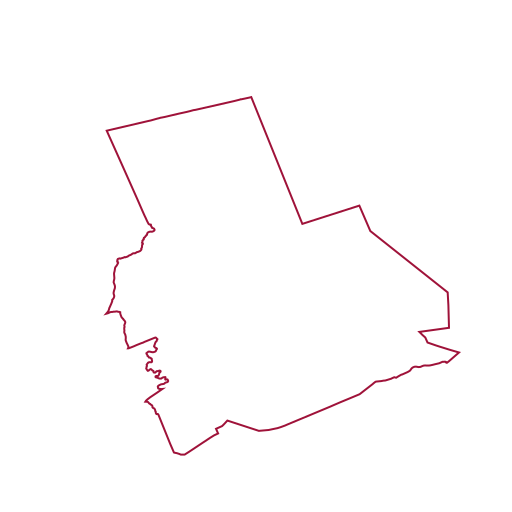 the district of Ganze, Coast, Kenya, rotated 66°
{"feature_id": "3690345B60815732971252", "entity_name": "Ganze", "entity_type": "district", "adm_level": 2, "iso_a3": "KEN", "parent_name": "Kenya", "parent_adm1": "Coast", "projection": "equal_earth", "projection_center": [39.55, -3.436], "detail": "fine", "context": "isolated", "style": "outline", "palette": "rose", "viewbox_px": 512, "rotation_deg": 66, "n_neighbors": 0, "source": "geoboundaries", "source_scale": "gbopen_adm2", "svg_char_len": 6151}
<svg xmlns="http://www.w3.org/2000/svg" viewBox="0 0 512 512"><g transform="rotate(66 256 256)"><path d="M379.3,100.3L367.2,95.7L279.7,141.4L252.0,141.1L245.5,200.6L108.9,195.7L108.7,197.0L107.7,201.9L106.8,206.0L106.5,206.5L106.6,207.0L105.6,212.8L104.5,218.4L97.9,251.7L97.3,253.9L96.8,257.3L96.2,260.7L94.6,268.4L91.8,283.1L91.2,285.7L90.8,287.2L90.8,287.8L90.3,290.6L89.4,296.9L88.8,299.8L80.8,341.4L122.7,341.3L157.1,341.3L169.1,341.4L173.7,341.4L176.6,341.3L179.6,341.3L182.8,341.1L183.4,340.9L184.2,340.1L184.3,339.7L184.6,339.3L185.0,339.4L185.4,339.7L185.8,339.6L186.3,339.6L186.8,339.4L187.2,339.5L187.6,339.6L188.0,339.5L188.8,338.6L189.6,338.0L190.1,338.0L190.7,338.0L191.2,338.3L191.4,338.7L191.6,339.4L191.6,340.0L191.6,340.7L191.4,341.4L190.8,342.5L190.6,343.2L190.5,343.8L190.5,344.3L190.5,344.9L190.7,345.6L191.1,346.1L191.5,346.5L192.1,346.8L192.4,347.2L192.4,347.8L192.9,348.4L193.1,349.2L193.5,349.6L193.7,350.1L193.8,351.0L194.6,351.7L194.9,351.6L195.3,352.0L195.4,352.7L195.9,353.6L196.6,353.8L197.1,354.3L197.5,354.7L197.9,354.4L198.3,354.3L198.7,354.3L199.1,354.6L199.2,355.2L200.0,355.7L200.4,356.1L201.1,356.3L201.6,356.6L202.2,357.2L202.5,357.8L203.4,358.0L203.7,358.4L204.0,359.0L204.3,359.9L204.3,360.6L204.3,361.2L204.3,361.7L204.1,363.0L204.0,363.5L204.2,364.2L204.2,364.9L204.3,365.5L204.0,366.0L203.9,366.5L203.6,367.0L203.6,367.7L203.7,368.4L203.9,368.9L204.0,370.2L203.9,371.6L204.0,372.3L204.1,372.8L204.3,373.4L204.2,374.3L204.1,375.2L204.0,376.0L203.6,376.4L203.6,377.0L203.6,377.8L203.2,381.1L202.8,381.4L202.6,382.0L202.6,382.7L202.5,383.3L202.9,384.0L203.3,384.2L203.6,384.5L204.1,384.8L204.5,385.0L204.8,384.6L205.2,384.7L205.8,385.0L206.2,384.8L206.6,385.2L207.9,386.9L208.2,387.4L208.8,388.6L209.2,389.2L209.5,389.5L209.9,389.8L212.1,391.2L213.9,392.6L214.7,393.0L218.4,394.3L219.0,394.6L219.5,394.9L220.9,396.0L222.0,396.7L222.4,396.8L224.6,396.9L225.5,397.0L226.0,397.1L226.9,397.4L228.2,398.2L229.8,399.7L231.4,400.9L232.5,401.4L234.7,401.7L235.3,402.0L235.8,402.4L236.5,403.1L237.1,404.0L237.4,404.8L237.7,405.3L238.4,405.5L238.9,405.8L240.8,407.7L242.5,409.6L242.9,410.0L243.8,411.1L245.4,412.4L246.1,413.1L246.9,414.4L247.8,416.3L248.0,415.0L248.1,414.3L248.0,412.3L248.2,411.2L248.8,409.6L248.9,408.9L249.2,408.1L249.5,407.4L249.9,405.9L250.1,405.5L250.5,405.1L250.9,404.6L251.6,403.4L252.1,402.9L252.6,403.1L253.2,403.4L254.7,403.6L256.7,403.7L257.4,403.7L259.1,403.1L259.5,402.9L259.9,403.0L261.6,402.4L262.3,402.3L263.2,402.3L263.6,402.5L264.0,402.8L265.6,404.4L266.2,404.7L267.0,404.8L267.5,405.0L267.9,405.5L268.3,405.7L269.2,406.1L270.2,406.4L270.7,406.6L271.7,407.2L272.2,407.4L273.1,407.5L274.5,407.4L276.7,407.8L278.1,408.4L279.4,409.1L279.9,409.3L281.0,409.4L282.9,409.5L284.6,409.4L286.7,409.4L287.2,409.5L287.6,409.7L288.3,410.5L288.5,410.0L288.6,408.8L288.8,404.3L288.8,401.3L289.0,396.2L289.2,394.4L289.1,392.7L289.5,381.5L289.7,380.8L290.2,380.5L291.5,380.1L291.8,379.9L292.2,380.1L292.4,380.7L293.2,381.3L293.5,381.7L293.6,382.4L294.1,383.1L295.5,384.4L295.9,384.8L296.4,385.2L296.8,385.7L297.2,385.9L298.2,385.5L298.9,385.3L299.4,384.7L299.8,384.4L300.3,384.2L300.8,384.5L301.0,385.0L301.4,385.5L302.1,386.2L302.3,386.8L302.3,387.3L302.2,388.6L302.0,389.2L301.8,389.7L301.2,390.6L300.4,391.6L299.8,392.6L299.6,393.2L300.2,395.6L300.6,395.8L302.4,395.6L302.9,395.5L303.3,395.7L303.7,395.3L304.1,395.2L304.7,395.2L305.3,395.0L305.5,394.4L306.6,393.6L307.1,393.2L307.6,393.1L308.1,393.4L308.7,393.4L309.6,393.6L310.1,393.9L310.5,394.4L310.5,394.9L309.9,396.0L309.6,396.8L309.5,397.5L309.6,398.1L309.9,398.4L310.1,399.0L310.8,400.1L311.3,400.2L311.7,400.2L312.2,400.4L312.5,400.9L313.5,401.5L314.0,402.0L314.5,402.0L314.9,402.0L316.4,401.7L316.9,401.5L317.0,401.0L316.9,400.3L316.6,399.6L316.5,399.0L316.5,398.2L316.9,397.8L318.5,397.2L319.0,396.7L319.4,396.5L319.8,396.6L320.3,396.8L320.7,396.8L321.1,396.5L321.5,395.5L321.4,395.0L321.1,394.4L320.9,393.8L320.9,393.2L321.1,392.8L321.3,392.3L321.4,390.9L321.6,390.5L321.9,390.2L322.4,390.0L322.9,390.3L323.2,391.1L323.5,391.9L324.0,392.2L324.8,392.8L325.3,393.4L325.7,394.0L325.6,394.6L325.2,395.5L325.0,396.2L325.1,396.7L325.6,397.0L326.1,396.8L326.4,396.5L326.9,395.7L328.3,394.5L328.6,394.1L328.9,393.7L329.4,392.4L329.1,391.0L329.1,390.4L329.2,389.7L329.5,388.8L329.8,388.1L330.4,388.2L331.4,388.9L331.8,389.1L332.1,389.0L332.3,388.3L332.5,387.5L332.8,387.1L333.4,387.0L333.9,387.0L334.5,387.1L335.1,387.9L335.1,388.7L334.9,389.8L334.9,390.4L335.0,391.0L335.3,391.6L335.3,392.2L335.2,392.8L334.7,394.6L334.6,395.3L334.7,397.1L334.8,397.8L335.0,398.4L335.3,398.8L336.9,399.2L337.5,399.0L339.0,396.8L339.4,395.6L340.6,401.9L342.0,410.0L342.5,412.1L342.8,413.4L343.3,414.9L343.5,415.4L344.1,416.3L344.9,414.7L345.2,414.3L345.6,414.0L346.6,413.7L347.1,413.6L347.7,413.3L348.1,412.8L348.9,412.6L350.0,411.8L350.5,411.7L351.2,411.7L351.9,412.1L352.6,412.0L353.1,411.7L353.5,411.3L354.0,410.9L355.1,410.8L355.7,410.8L356.8,411.1L357.3,410.9L358.1,411.2L358.9,411.4L359.9,411.2L360.1,410.5L360.5,409.9L361.4,409.7L392.7,410.8L402.1,410.9L402.5,410.5L404.0,408.4L405.8,406.4L406.5,405.8L406.9,405.4L408.2,402.5L408.4,401.9L407.7,397.2L403.5,372.3L402.8,367.2L402.7,362.8L397.6,362.8L397.6,356.2L396.8,354.0L394.7,349.1L416.9,324.5L420.1,315.2L421.4,309.1L422.0,306.4L422.4,302.8L422.7,298.3L422.7,296.0L423.0,283.3L423.8,249.1L423.8,247.1L423.9,238.5L424.2,227.0L424.4,217.7L424.3,217.1L423.3,213.1L420.4,201.3L420.2,200.8L420.0,200.1L419.5,198.0L419.6,197.3L421.2,192.5L421.7,190.3L422.3,188.6L422.4,188.0L423.1,182.3L423.0,181.5L423.0,179.0L424.2,177.5L423.8,174.6L423.5,171.4L423.7,170.7L423.7,167.6L423.7,164.7L423.5,162.8L423.3,161.8L422.0,159.6L421.6,158.3L421.6,156.4L421.9,155.5L422.3,154.6L423.6,152.7L424.0,151.5L424.2,150.9L424.2,148.7L424.3,147.5L424.7,146.2L425.8,144.0L426.6,142.0L426.8,141.3L427.4,138.3L427.6,137.0L428.5,132.3L428.5,128.9L428.6,128.3L429.0,127.6L429.3,126.6L429.6,126.0L430.0,125.6L430.4,125.8L431.0,125.4L431.2,125.0L430.6,122.5L426.7,109.8L420.6,117.0L413.4,125.2L410.7,128.2L404.8,134.5L399.3,134.5L396.0,136.0L391.8,137.6L400.1,108.9L379.3,100.3Z" fill="none" stroke="#9f1239" stroke-width="2"/></g></svg>